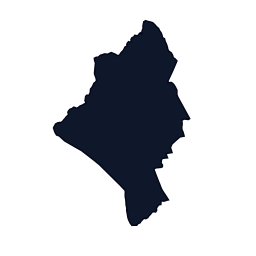 the district of Serrinha, Bahia, Brazil, rotated 339°
{"feature_id": "56859067B34469198786883", "entity_name": "Serrinha", "entity_type": "district", "adm_level": 2, "iso_a3": "BRA", "parent_name": "Brazil", "parent_adm1": "Bahia", "projection": "equal_earth", "projection_center": [-38.992, -11.677], "detail": "fine", "context": "isolated", "style": "filled", "palette": "ink", "viewbox_px": 256, "rotation_deg": 339, "n_neighbors": 0, "source": "geoboundaries", "source_scale": "gbopen_adm2", "svg_char_len": 2581}
<svg xmlns="http://www.w3.org/2000/svg" viewBox="0 0 256 256"><g transform="rotate(339 128 128)"><path d="M58.5,101.2L58.4,103.4L58.3,105.9L58.8,108.9L61.0,110.8L64.3,117.4L73.8,129.1L76.5,132.3L84.2,145.0L88.2,151.9L94.6,166.1L100.4,178.9L103.0,185.3L102.5,187.0L101.6,189.0L100.7,191.6L100.3,193.9L99.5,196.7L98.7,199.0L98.4,201.1L98.0,202.8L97.2,204.6L96.7,207.5L96.0,210.7L95.7,212.9L95.8,215.2L96.0,217.6L96.8,220.3L99.5,221.2L101.3,221.9L103.4,220.7L105.0,220.9L106.3,220.0L108.1,219.0L110.4,218.0L112.2,219.0L114.4,218.7L116.2,217.4L117.7,216.8L118.9,216.1L120.3,215.2L122.1,215.3L123.7,216.3L125.1,215.3L125.9,212.9L128.0,211.4L129.9,210.7L131.2,211.2L132.8,207.8L134.7,208.9L136.2,209.3L138.2,209.3L140.0,209.6L139.5,207.0L139.1,205.2L138.7,203.4L137.9,199.8L137.5,197.5L137.4,195.5L137.4,193.0L137.4,191.2L137.3,189.2L137.3,186.5L137.3,182.3L137.3,179.3L137.4,175.4L139.7,175.2L141.6,175.7L143.1,176.1L144.8,176.6L146.2,176.5L146.9,174.9L146.3,172.6L147.5,170.3L149.0,168.6L151.7,169.3L154.2,170.0L154.2,167.4L154.5,165.5L160.3,166.7L160.6,161.4L161.9,160.1L163.5,158.6L173.2,154.9L177.5,155.7L177.9,151.2L177.7,149.2L178.1,147.6L178.8,145.7L179.8,144.2L180.3,142.6L181.0,140.1L183.5,139.7L185.4,140.6L187.4,141.7L188.9,141.4L185.6,117.2L185.6,114.3L186.4,112.3L187.2,110.1L186.9,107.0L186.5,104.6L185.8,102.5L184.6,100.9L183.1,100.6L181.8,100.0L182.3,98.2L189.5,91.3L197.7,82.9L196.7,80.3L195.4,78.7L195.7,75.8L195.2,73.1L193.7,71.1L193.3,68.9L193.7,66.9L193.9,64.0L193.7,60.4L194.0,57.7L192.6,56.0L193.0,53.5L193.0,51.0L192.3,48.4L192.2,46.0L191.0,43.8L189.9,40.8L188.7,38.5L187.1,37.2L185.2,36.0L182.8,34.1L180.8,34.5L179.6,36.4L178.6,38.0L177.7,40.5L176.4,41.8L175.5,43.1L174.6,45.1L173.7,43.5L172.2,44.1L170.1,45.5L167.6,43.9L165.8,45.1L164.1,45.1L162.5,46.4L162.0,48.2L160.6,48.7L159.5,47.6L158.1,48.3L156.9,49.4L156.5,51.1L154.1,51.4L152.7,52.8L151.6,53.8L150.3,54.4L148.2,55.4L146.3,56.9L144.2,56.8L142.7,54.7L140.8,52.9L139.4,51.6L137.4,51.7L135.4,51.9L133.9,51.0L132.4,50.4L130.3,50.4L128.4,50.2L127.0,50.7L125.4,51.3L123.8,50.6L121.6,50.8L121.0,53.2L121.0,55.5L117.3,62.9L116.3,64.9L116.1,66.9L116.1,69.9L115.6,72.5L114.1,73.5L112.3,74.0L110.8,75.5L109.0,77.1L107.0,78.2L106.2,79.8L105.5,81.4L103.2,83.5L101.4,82.6L99.8,83.3L98.9,85.0L97.7,87.0L97.7,89.5L96.4,89.9L94.8,90.0L93.4,90.3L91.0,90.3L89.1,91.0L87.1,91.2L86.1,90.1L84.8,89.1L82.8,89.8L80.6,89.7L78.6,90.7L77.5,91.8L77.4,93.7L76.3,94.8L74.4,95.4L72.9,96.4L71.0,97.4L69.3,98.4L67.5,98.9L66.0,98.3L64.3,98.0L61.9,98.3L59.9,99.9L58.5,101.2Z" fill="#0f172a" stroke="#020617" stroke-width="1.5"/></g></svg>